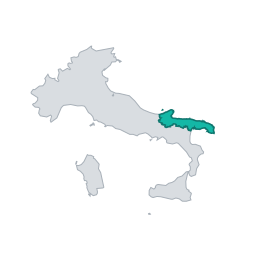 Puglia, Bari, Italy (highlighted), rotated 339°
{"feature_id": "23120603B69806914684511", "entity_name": "Puglia", "entity_type": "district", "adm_level": 2, "iso_a3": "ITA", "parent_name": "Italy", "parent_adm1": "Bari", "projection": "natural_earth1", "projection_center": [17.16, 41.008], "detail": "fine", "context": "in_parent", "style": "filled", "palette": "teal", "viewbox_px": 256, "rotation_deg": 339, "n_neighbors": 0, "source": "geoboundaries", "source_scale": "gbopen_adm2", "svg_char_len": 8465}
<svg xmlns="http://www.w3.org/2000/svg" viewBox="0 0 256 256"><g transform="rotate(339 128 128)"><path d="M53.3,58.0L54.7,58.8L60.3,57.1L63.6,58.1L66.4,56.5L68.3,54.0L68.0,52.1L72.5,49.1L72.8,52.5L75.2,54.8L77.6,55.4L77.0,56.8L79.3,59.6L80.2,59.4L80.5,58.9L80.0,56.5L83.5,51.8L83.7,48.6L84.4,48.3L86.0,48.5L87.3,51.5L92.8,50.6L94.6,52.8L95.5,52.4L94.2,48.5L94.9,46.5L96.4,46.1L97.4,47.1L99.5,47.3L99.6,46.2L99.1,45.4L99.9,42.0L103.1,42.3L104.9,43.5L107.1,43.5L109.1,40.8L110.6,40.1L117.7,39.9L123.0,38.3L123.4,38.6L122.5,39.9L122.7,40.8L125.8,44.7L143.3,47.9L143.1,48.8L139.3,51.3L139.0,52.3L139.5,53.1L142.3,53.7L140.3,56.1L140.4,57.0L141.9,57.1L141.6,59.9L143.4,60.8L145.5,63.3L143.4,63.8L144.2,63.1L142.2,60.6L140.0,61.7L136.5,60.6L134.1,62.9L126.0,65.8L127.4,64.5L126.8,64.5L123.8,66.2L123.1,69.7L125.3,73.2L127.0,74.4L126.2,76.5L125.1,77.3L123.7,76.7L123.2,78.6L123.9,83.6L125.1,87.2L129.0,91.1L131.9,92.4L140.8,98.4L144.0,105.1L146.7,113.6L149.0,116.7L153.9,121.3L158.3,124.6L162.4,126.6L173.3,126.5L176.1,127.3L176.4,128.7L175.9,129.7L172.6,132.0L172.4,133.9L174.0,135.2L181.4,138.8L189.0,141.7L194.1,145.5L200.7,148.7L205.9,153.7L207.8,156.3L208.1,158.3L206.9,161.8L206.2,163.2L202.5,161.2L199.5,155.2L193.0,154.2L191.1,153.2L190.0,151.4L188.0,151.2L186.6,152.2L183.0,157.7L181.0,162.5L180.9,164.5L182.0,166.4L185.1,167.4L189.1,170.9L189.2,175.1L190.0,177.5L188.9,178.9L186.9,178.5L184.1,179.4L182.2,180.9L181.4,182.4L181.2,187.7L177.5,190.5L174.3,195.9L169.7,195.9L168.6,194.3L168.6,191.8L169.4,190.3L171.1,189.6L172.3,186.4L171.9,184.2L172.6,183.2L176.3,181.7L176.5,178.5L175.1,177.1L174.0,171.3L169.4,160.3L168.0,159.2L163.9,158.9L159.2,156.0L158.9,154.7L159.7,153.6L159.2,152.0L157.7,149.2L156.7,148.5L150.8,149.7L152.5,147.5L150.4,146.0L146.8,146.0L146.8,145.0L144.3,140.5L142.6,138.7L135.9,137.8L133.7,138.6L130.4,135.7L127.4,134.6L120.0,126.5L116.3,124.1L114.1,120.5L109.4,118.2L107.3,118.7L106.8,118.3L107.9,117.6L107.7,116.2L104.7,112.7L102.8,111.6L101.6,109.3L99.0,108.8L99.2,104.7L98.2,101.8L96.6,99.4L95.7,93.5L95.0,91.9L93.1,90.7L88.8,89.3L82.9,85.5L75.9,83.8L73.0,85.1L65.2,93.1L58.2,95.0L58.1,93.3L60.9,89.6L60.4,88.2L56.1,88.6L50.5,85.2L49.9,82.2L51.6,79.4L52.6,78.7L52.1,76.8L48.8,75.2L47.5,72.7L47.4,71.8L48.3,71.4L50.3,71.5L53.6,69.7L54.6,67.3L50.1,61.2L50.3,59.9L53.3,58.0ZM126.2,92.7L126.5,91.2L125.0,92.1L125.4,92.8L126.2,92.7ZM168.5,190.2L162.8,198.6L160.9,204.3L161.1,206.4L162.7,208.0L161.9,208.6L163.6,211.3L163.6,212.0L161.1,215.1L161.0,217.7L156.3,217.3L152.5,215.8L150.6,212.7L149.1,211.5L147.5,210.5L144.1,210.5L142.7,209.9L133.9,203.9L130.5,202.3L126.5,201.9L125.0,200.6L123.7,198.0L125.4,193.9L128.0,191.7L130.3,194.3L132.4,193.4L132.5,192.6L133.9,191.5L135.8,191.5L142.7,195.2L146.3,194.2L149.6,194.6L152.7,194.1L156.7,192.0L161.3,192.2L166.6,189.8L168.5,190.2ZM85.9,144.8L88.1,151.4L85.8,155.5L86.5,159.8L84.2,174.6L83.1,175.0L77.2,173.3L76.6,176.7L75.8,178.1L74.6,179.0L71.3,178.7L68.3,173.9L68.2,169.1L68.9,167.7L69.0,164.9L70.2,164.8L70.4,162.9L69.7,161.9L68.5,161.5L68.6,159.5L69.5,157.8L69.6,155.0L68.1,151.4L65.9,148.8L66.5,144.3L68.4,145.4L71.3,145.4L74.8,143.6L80.5,138.3L81.3,139.3L83.6,140.2L85.7,142.5L84.9,143.9L85.9,144.8ZM97.3,110.7L97.8,111.7L97.6,113.2L96.4,112.3L93.6,112.7L93.4,111.9L96.8,111.3L97.3,110.7ZM69.0,176.3L68.2,178.0L67.4,175.8L67.5,175.5L69.0,176.3ZM68.3,141.0L66.9,142.9L66.3,142.8L67.9,140.7L68.3,141.0ZM118.0,216.5L116.5,216.1L116.5,215.3L117.7,215.4L118.0,216.5ZM145.6,147.3L144.3,147.8L144.4,146.9L145.6,147.3Z" fill="#d9dde1" stroke="#a8b0b8" stroke-width="1"/><path d="M159.6,133.8L160.4,134.5L160.5,134.9L160.7,135.1L161.4,135.3L161.5,135.5L161.3,135.5L161.2,135.7L161.4,136.0L161.1,136.1L160.8,136.3L161.0,137.0L161.8,137.3L161.8,137.5L161.9,137.8L162.1,137.9L162.8,137.8L163.0,138.0L163.4,138.1L163.8,138.5L163.4,138.7L163.4,138.9L163.6,139.4L163.1,139.6L162.9,139.9L162.9,140.1L163.0,140.3L163.3,140.4L163.5,140.7L163.6,140.8L163.6,141.0L164.0,141.2L164.3,141.0L164.8,141.1L165.0,141.3L165.5,140.9L165.7,141.1L165.9,141.1L166.1,141.4L166.6,141.4L166.7,141.5L167.5,141.8L167.4,141.5L168.0,141.1L168.5,141.1L168.9,141.2L169.2,141.2L169.2,141.3L169.5,141.3L170.2,141.1L170.6,141.3L171.0,141.2L171.0,140.8L171.4,140.7L171.5,140.5L171.9,140.5L172.0,140.4L172.3,140.6L172.7,140.8L173.1,140.9L173.2,141.0L173.4,141.1L173.5,141.2L173.5,141.4L173.8,141.8L174.1,141.9L174.3,142.1L174.3,142.3L174.2,142.4L174.2,142.8L173.9,143.3L173.4,143.3L173.4,143.5L175.0,144.1L175.4,144.5L175.6,144.4L175.7,144.2L176.0,144.0L176.5,144.2L176.7,144.4L177.0,145.3L177.3,145.8L177.6,146.2L178.1,146.5L178.6,147.1L179.0,147.3L179.3,147.9L179.6,148.0L179.9,147.8L180.4,147.3L180.7,146.9L180.8,147.1L181.0,147.2L180.9,147.4L181.2,147.5L181.3,147.5L181.1,147.4L181.1,147.2L181.4,147.0L181.5,147.3L181.6,147.2L181.7,147.3L181.7,147.2L181.6,146.9L181.8,146.9L182.0,147.1L182.5,147.0L182.8,147.2L182.8,147.3L182.9,147.1L183.0,147.3L183.8,147.7L183.5,147.9L183.4,147.9L183.6,148.2L183.8,148.2L183.5,149.1L183.6,149.4L183.8,149.7L183.6,149.8L183.7,150.0L183.5,150.5L183.7,150.8L183.6,151.0L183.9,151.3L183.7,151.8L184.0,152.0L184.1,151.9L184.2,152.1L184.5,152.1L184.8,152.2L184.9,152.6L185.3,153.0L185.5,153.1L186.5,152.3L187.5,151.5L188.5,151.1L189.1,151.1L189.6,151.3L189.5,151.5L189.8,151.3L189.7,151.5L189.8,151.4L190.0,151.6L190.0,151.8L190.3,151.9L190.5,151.9L191.0,152.1L191.0,152.3L191.1,152.5L191.0,152.4L190.9,152.6L190.4,152.8L190.4,153.0L190.7,153.0L191.4,153.4L191.4,153.5L191.7,153.5L191.8,153.7L192.5,153.9L193.0,154.3L193.7,154.4L193.9,154.6L194.4,154.7L194.6,155.0L196.9,154.8L198.8,155.1L199.2,155.2L199.3,155.1L199.5,155.2L199.6,155.4L199.8,155.4L199.9,155.7L200.1,155.7L200.1,155.9L199.9,155.8L200.4,156.3L200.2,156.6L200.4,156.9L200.8,157.4L200.9,157.5L201.0,157.5L201.5,158.2L201.6,158.6L201.4,158.9L201.0,159.2L201.4,159.2L201.6,159.6L201.7,159.8L201.6,160.0L201.3,160.1L201.6,160.6L201.8,160.8L201.8,161.0L202.1,161.3L203.8,162.7L204.3,162.9L205.1,163.0L205.8,163.4L206.2,163.8L206.4,163.6L206.5,163.7L206.8,163.2L206.7,162.9L206.9,162.0L206.8,161.7L207.1,160.3L207.3,160.1L207.4,159.7L208.0,159.3L208.1,158.7L208.6,158.2L208.4,157.9L208.5,157.8L208.4,157.6L208.1,157.5L208.2,157.4L207.9,156.8L207.7,156.5L207.8,156.2L207.5,155.6L207.5,155.4L207.3,155.4L207.4,155.2L207.2,155.0L206.7,154.7L206.4,154.1L205.7,153.6L205.6,153.3L205.2,153.0L204.6,152.3L204.1,152.0L203.1,151.6L203.0,151.3L202.5,151.0L202.4,150.8L202.0,150.4L201.8,150.2L202.0,149.8L201.6,149.3L201.6,149.0L201.3,148.9L201.1,148.8L200.7,148.9L200.7,149.1L200.4,149.0L200.7,148.9L200.8,148.6L200.9,148.8L201.0,148.6L201.3,148.6L200.7,148.6L200.5,148.2L200.3,148.3L199.1,148.1L198.6,147.8L198.6,147.7L197.8,147.4L197.4,147.0L195.3,146.3L194.4,145.9L193.2,145.0L192.9,144.6L192.4,144.4L192.2,144.0L191.7,143.5L191.8,143.5L191.6,143.5L191.3,143.2L191.2,143.2L190.8,142.9L190.4,142.8L190.0,142.3L189.4,142.1L189.0,141.8L189.0,141.7L188.9,141.8L188.3,141.4L187.0,141.1L186.6,140.8L185.9,140.7L185.8,140.4L185.7,140.3L185.5,140.2L185.8,140.4L185.6,140.4L185.7,140.5L185.4,140.4L185.5,140.3L185.3,140.4L184.9,140.3L184.5,140.0L183.4,139.7L183.0,139.5L182.4,139.4L181.9,139.1L182.0,139.2L181.8,139.2L181.1,138.6L180.0,138.2L179.6,137.9L179.6,138.0L179.6,137.9L179.3,137.8L178.7,137.5L178.0,137.3L177.8,137.2L177.7,137.2L177.8,137.0L177.7,137.2L177.4,137.1L176.6,136.5L176.0,136.3L175.7,136.0L173.8,135.2L173.2,134.8L172.8,134.2L172.5,133.4L172.4,132.6L172.5,132.1L172.7,131.9L172.8,132.0L172.8,131.8L173.0,131.7L174.7,130.8L174.8,130.5L175.4,130.1L175.5,130.0L175.8,129.9L176.1,129.7L176.4,129.4L176.5,129.2L176.4,129.1L176.5,129.1L176.5,128.6L176.4,128.5L176.5,128.3L176.4,128.3L176.2,127.9L176.3,127.6L176.2,127.4L176.3,127.4L176.1,127.4L175.9,127.1L175.5,126.9L175.0,126.5L174.7,126.4L174.2,126.4L172.8,126.6L169.8,127.0L169.4,126.9L168.6,126.7L167.0,127.1L165.7,127.2L165.1,127.1L164.8,126.9L162.9,126.9L162.0,126.7L161.9,127.2L162.0,127.6L161.8,127.7L161.7,128.0L161.5,128.3L161.7,128.6L161.7,128.9L161.7,129.1L161.4,129.5L161.7,129.8L161.7,130.3L162.3,130.5L161.7,130.8L161.5,131.1L161.3,131.0L161.0,131.3L160.8,131.4L160.7,131.6L160.7,131.8L160.5,131.7L160.4,132.0L160.2,132.0L160.1,131.9L159.9,131.9L159.9,131.7L159.5,131.6L159.2,132.0L159.4,132.2L159.3,132.4L159.4,132.5L159.3,132.8L159.2,133.3L159.2,133.6L159.6,133.8ZM166.9,123.3L166.6,123.5L166.9,123.6L167.0,123.4L166.9,123.3ZM189.9,152.3L189.8,152.2L189.5,152.3L189.9,152.3ZM167.3,123.1L167.1,123.1L167.3,123.1Z" fill="#14b8a6" stroke="#0f766e" stroke-width="1.5"/></g></svg>